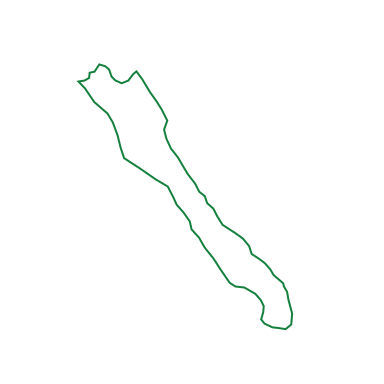 outline of Borgholm, Kalmar, Sweden, rotated 123°
{"feature_id": "70781695B15457803066593", "entity_name": "Borgholm", "entity_type": "district", "adm_level": 2, "iso_a3": "SWE", "parent_name": "Sweden", "parent_adm1": "Kalmar", "projection": "orthographic", "projection_center": [16.858, 57.026], "detail": "fine", "context": "isolated", "style": "outline", "palette": "green", "viewbox_px": 384, "rotation_deg": 123, "n_neighbors": 0, "source": "geoboundaries", "source_scale": "gbopen_adm2", "svg_char_len": 1082}
<svg xmlns="http://www.w3.org/2000/svg" viewBox="0 0 384 384"><g transform="rotate(123 192 192)"><path d="M161.2,347.4L163.4,338.1L169.8,323.0L172.2,305.6L176.8,296.3L185.0,285.3L193.7,276.0L200.6,267.4L200.6,248.8L201.2,229.2L200.6,215.3L206.9,204.3L211.0,198.0L213.9,187.6L217.9,177.8L223.6,172.0L226.5,161.1L231.6,151.3L236.2,137.5L241.9,124.8L247.6,111.0L247.6,104.1L243.6,96.1L242.9,83.5L245.2,75.5L248.6,69.7L253.8,66.9L261.2,64.6L262.9,59.4L261.7,50.8L259.4,46.3L256.0,38.8L249.1,36.6L239.4,41.8L229.7,52.6L224.0,57.8L221.1,63.5L218.9,65.8L217.2,78.4L214.3,84.1L212.0,92.2L211.5,99.6L211.5,108.2L206.3,114.5L203.4,123.7L202.9,132.3L202.9,148.4L198.9,157.1L194.3,165.1L193.1,173.2L188.5,179.0L187.9,185.9L183.3,193.9L179.2,205.5L175.2,213.6L170.6,222.8L167.1,233.2L161.3,242.4L154.9,249.4L145.6,251.6L139.2,262.6L135.2,271.3L131.1,281.7L124.6,295.0L121.1,304.3L125.2,305.5L133.3,306.1L139.1,310.2L140.2,317.2L139.0,322.4L134.4,328.2L133.8,333.4L135.5,339.2L144.2,339.3L147.7,342.8L152.4,340.4L157.0,342.8L161.2,347.4Z" fill="none" stroke="#15803d" stroke-width="2"/></g></svg>